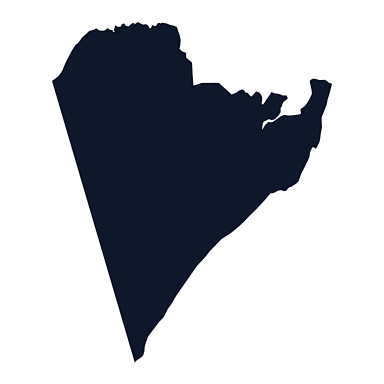 outline of Ngerdelolk, Palau
{"feature_id": "81905179B51546394317477", "entity_name": "Ngerdelolk", "entity_type": "district", "adm_level": 2, "iso_a3": "PLW", "parent_name": "Palau", "parent_adm1": "", "projection": "equal_earth", "projection_center": [134.259, 7.007], "detail": "fine", "context": "isolated", "style": "filled", "palette": "ink", "viewbox_px": 384, "rotation_deg": 0, "n_neighbors": 0, "source": "geoboundaries", "source_scale": "gbopen_adm2", "svg_char_len": 2495}
<svg xmlns="http://www.w3.org/2000/svg" viewBox="0 0 384 384"><path d="M135.1,361.0L136.0,359.9L140.9,356.6L142.6,354.8L143.6,351.3L144.0,346.6L145.2,342.1L147.6,335.8L157.1,323.3L158.3,321.7L162.7,317.1L163.9,315.3L167.0,308.8L170.7,303.7L172.0,301.5L175.9,294.8L178.0,291.8L196.5,265.3L204.4,256.8L208.6,251.3L216.2,243.5L221.0,238.5L224.6,236.2L230.1,232.7L238.9,225.4L244.8,219.7L250.1,214.1L256.6,207.8L264.9,198.8L270.0,192.7L273.4,192.3L277.5,190.0L280.9,189.3L284.1,190.4L286.1,189.9L286.9,188.4L289.0,186.6L291.2,186.0L292.6,185.0L294.9,183.6L296.4,182.4L297.9,180.8L299.0,177.7L300.6,173.3L303.4,167.9L306.7,161.2L308.8,156.3L309.2,152.4L310.7,148.8L312.7,145.8L315.7,147.7L317.4,144.5L318.7,141.8L319.5,138.2L320.0,133.6L321.2,127.4L320.9,120.8L320.9,117.0L323.4,110.9L325.8,104.6L326.9,99.3L328.7,93.7L330.2,87.9L331.1,84.2L328.9,83.6L324.7,80.6L319.3,80.8L316.7,80.0L314.0,79.4L312.4,79.7L310.5,81.2L312.2,89.4L312.6,92.0L312.6,94.2L310.1,99.4L307.9,103.2L306.5,105.2L304.5,107.3L301.2,109.5L301.9,113.8L300.1,115.0L293.7,116.0L288.5,116.3L283.9,115.7L280.6,117.4L273.5,122.4L271.9,123.1L268.5,122.8L265.5,125.7L262.4,131.4L261.3,129.2L261.4,127.2L262.0,123.4L263.1,121.0L265.9,119.8L268.8,118.2L271.6,119.4L274.5,118.5L277.7,115.2L279.9,112.0L279.8,107.9L280.9,106.4L282.4,102.0L286.9,98.2L286.1,96.2L282.0,96.2L280.3,95.2L278.1,94.5L274.9,94.3L271.7,93.0L270.4,95.4L267.8,98.9L264.0,104.6L261.8,105.7L260.9,103.9L261.5,97.7L260.8,95.9L259.3,93.5L256.4,92.3L251.8,97.5L249.5,96.4L247.2,93.5L244.4,93.0L243.6,90.9L241.7,90.3L238.7,91.7L237.4,92.9L237.4,93.1L231.4,95.4L218.5,83.6L201.7,83.7L192.7,86.7L191.8,73.6L191.3,63.0L185.5,58.0L185.3,56.4L185.4,53.5L181.2,51.7L178.3,48.3L179.3,46.8L179.9,40.1L178.8,35.1L176.1,27.4L173.5,26.5L169.6,25.5L166.3,24.2L163.6,23.6L161.9,23.5L161.1,24.6L159.8,23.8L158.4,23.7L157.5,24.9L156.6,26.4L155.2,27.0L154.1,26.5L152.7,26.1L151.6,28.5L150.2,29.2L148.7,28.8L148.3,27.2L146.8,25.3L145.3,25.0L143.6,25.5L142.3,25.1L140.8,24.4L139.3,23.7L138.3,23.0L136.4,23.7L135.4,25.3L134.6,25.1L133.5,23.8L131.9,24.3L129.3,26.9L126.8,27.0L125.0,26.1L123.6,24.3L122.4,24.9L121.2,27.4L117.5,27.7L115.7,26.5L114.7,30.6L116.7,32.1L114.9,32.7L113.2,33.2L111.8,30.8L109.9,30.6L107.6,29.1L105.1,31.2L103.8,31.4L101.7,31.4L99.0,31.2L96.0,29.2L93.9,30.5L89.6,31.7L86.6,34.6L83.0,37.6L79.9,41.9L78.2,44.0L76.0,45.5L72.5,51.0L68.7,58.4L66.3,62.9L63.3,70.2L61.6,73.2L59.6,76.0L57.8,77.7L52.9,81.2L135.1,361.0Z" fill="#0f172a" stroke="#020617" stroke-width="1.5"/></svg>